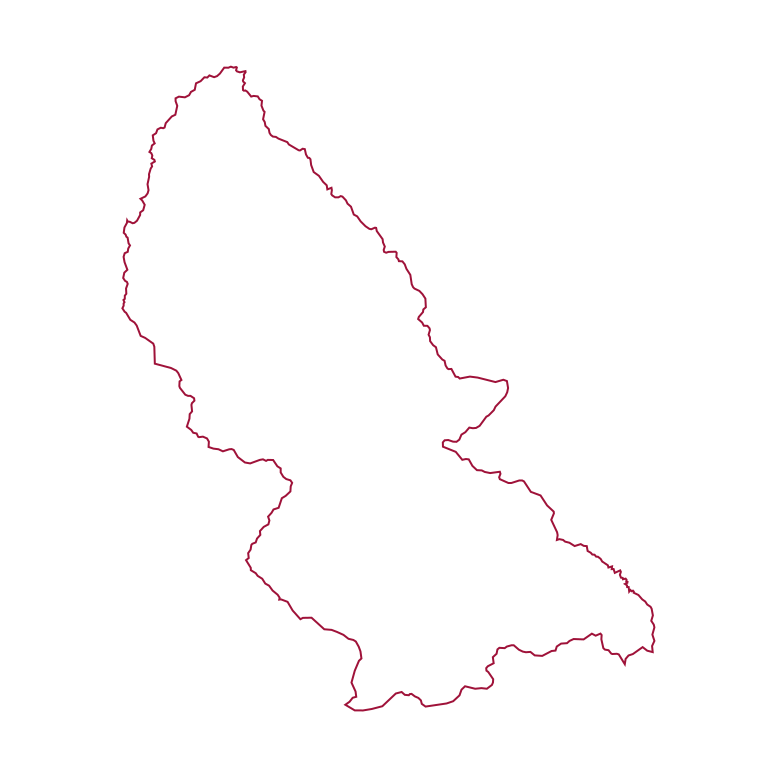 Andapa, Sava, Madagascar, rotated 177°
{"feature_id": "10022922B40357207342555", "entity_name": "Andapa", "entity_type": "district", "adm_level": 2, "iso_a3": "MDG", "parent_name": "Madagascar", "parent_adm1": "Sava", "projection": "mercator", "projection_center": [49.555, -14.613], "detail": "fine", "context": "isolated", "style": "outline", "palette": "rose", "viewbox_px": 768, "rotation_deg": 177, "n_neighbors": 0, "source": "geoboundaries", "source_scale": "gbopen_adm2", "svg_char_len": 6126}
<svg xmlns="http://www.w3.org/2000/svg" viewBox="0 0 768 768"><g transform="rotate(177 384 384)"><path d="M577.2,680.2L577.3,677.3L575.9,672.6L578.3,663.8L581.9,662.3L588.3,655.9L589.7,651.6L591.1,651.0L593.5,651.6L596.9,650.1L598.5,646.4L601.9,644.4L601.5,639.0L600.4,636.3L603.3,634.3L604.1,631.0L606.1,628.0L604.3,626.7L603.4,624.3L604.1,621.6L601.6,619.9L601.2,618.2L604.8,616.3L604.2,613.4L605.7,611.4L607.7,605.8L607.7,603.2L609.7,595.9L609.0,589.9L610.1,586.7L612.5,583.8L617.5,581.7L615.9,580.0L613.6,575.5L615.4,570.1L618.5,568.1L618.7,565.5L622.1,560.0L624.8,558.0L626.6,557.7L629.4,559.3L631.3,559.6L631.9,560.8L632.3,558.3L635.0,553.9L636.0,548.6L634.2,546.7L633.6,544.6L632.4,543.6L631.7,537.8L630.4,535.7L632.3,532.7L633.0,529.4L636.1,528.2L637.4,524.6L636.7,519.2L634.3,511.5L637.5,508.8L638.9,503.5L637.2,500.6L635.4,499.4L634.7,497.4L636.6,492.9L636.6,487.6L638.2,485.8L638.4,482.6L639.8,481.5L638.9,479.3L639.8,478.1L639.9,475.8L641.3,473.3L639.2,469.7L637.8,468.6L634.0,461.4L630.0,458.5L627.9,455.3L624.5,444.8L620.2,442.6L612.3,436.4L611.4,433.2L611.8,416.3L595.8,411.1L590.7,408.2L588.9,405.7L586.1,398.6L588.0,397.3L588.5,392.6L588.0,390.8L583.0,383.7L580.3,382.4L577.9,382.3L574.4,379.7L574.2,377.3L576.8,374.9L577.4,373.2L577.1,366.7L579.6,364.1L580.1,359.5L583.1,351.7L578.9,348.2L577.1,345.3L573.7,344.4L572.4,341.1L571.5,340.6L567.6,340.9L563.6,338.9L561.9,335.6L562.5,330.3L557.7,328.4L552.7,327.5L548.4,325.2L542.0,326.9L539.6,327.0L537.5,326.0L533.8,318.7L527.0,312.9L521.8,311.7L512.0,314.7L508.8,315.1L505.8,313.4L504.0,314.3L498.7,313.9L494.8,307.4L491.6,305.1L491.8,301.1L489.4,296.6L486.6,294.2L482.5,292.7L480.9,290.1L482.5,286.7L483.1,281.6L488.1,277.4L492.0,275.3L495.7,265.9L500.9,264.5L503.0,261.3L506.7,257.6L505.6,253.7L506.8,249.9L511.6,247.6L515.6,243.6L515.4,239.8L518.9,236.3L520.4,232.5L523.9,231.3L524.9,230.2L525.9,225.6L528.5,222.2L528.2,217.3L531.0,215.3L526.7,207.5L526.7,205.0L522.0,201.8L520.2,199.0L515.8,195.9L513.0,190.9L509.3,188.6L506.1,183.6L501.2,179.1L499.4,176.0L499.9,174.2L498.1,174.3L491.7,171.5L487.1,162.6L479.8,153.5L477.2,154.7L468.6,154.4L456.5,142.2L449.2,141.2L444.0,138.9L437.6,135.6L432.8,131.4L428.0,130.0L425.6,128.3L423.0,123.0L421.5,118.2L420.9,111.1L423.5,108.9L428.2,99.2L432.1,87.5L428.5,78.4L428.1,73.1L431.7,72.3L435.0,68.5L439.4,65.7L430.3,59.6L422.0,59.1L413.2,60.1L402.5,62.3L388.4,74.3L382.5,75.5L379.5,72.5L375.5,71.9L374.4,73.0L372.7,73.1L369.5,70.4L366.1,68.7L363.7,66.1L363.0,62.6L359.4,59.7L338.2,61.7L331.5,63.6L324.9,69.1L322.6,74.7L318.9,77.9L308.9,74.9L302.6,75.2L297.2,74.3L292.0,77.8L290.8,80.2L290.4,83.5L295.0,91.0L296.7,92.4L296.8,94.9L295.1,96.7L289.1,99.4L289.6,105.5L285.7,108.7L284.6,113.0L282.6,114.5L277.3,113.9L275.0,115.4L270.4,116.4L268.1,116.3L263.2,111.6L259.4,109.5L256.3,108.7L251.8,108.8L247.7,105.1L240.2,104.2L230.6,108.6L226.7,108.8L225.2,112.8L220.7,115.5L214.8,115.6L212.2,117.7L208.0,119.4L198.0,118.5L189.5,123.8L185.8,121.6L180.9,123.4L179.8,121.9L180.3,117.7L178.8,108.8L177.3,107.2L173.7,106.4L171.3,103.0L170.2,102.4L165.6,102.4L163.7,101.7L158.2,91.6L157.1,96.8L154.0,100.1L149.6,101.3L139.5,107.7L135.1,103.9L129.7,102.2L130.0,108.3L127.4,113.3L129.1,119.7L126.7,126.8L127.2,129.6L129.5,133.5L127.6,138.8L128.5,145.6L129.5,147.6L132.7,150.0L134.5,153.1L137.4,155.4L141.0,160.0L145.6,162.5L145.4,163.6L146.2,164.6L147.6,164.1L148.7,165.4L150.0,163.9L150.3,168.4L151.8,168.5L151.9,170.3L153.8,171.7L151.4,172.7L151.2,173.7L152.4,174.1L152.0,175.7L152.9,177.0L155.6,176.5L155.8,177.9L157.5,178.2L158.4,181.1L157.3,184.0L157.9,185.5L163.4,183.3L164.4,187.2L166.3,187.2L165.8,189.9L169.5,189.0L169.9,191.2L175.4,195.3L176.8,198.0L179.4,200.3L181.2,200.5L182.7,202.5L184.9,202.8L186.4,204.7L189.4,206.6L190.0,211.5L193.0,211.9L195.9,213.8L202.1,212.2L207.2,215.8L211.4,217.1L213.3,218.9L217.0,219.9L219.5,219.2L218.5,224.0L218.9,226.9L224.1,239.6L221.1,245.9L221.2,247.7L227.5,254.2L233.5,264.5L243.0,268.6L249.3,279.4L251.0,280.4L253.9,280.6L261.9,278.5L264.9,278.6L273.3,282.9L273.9,284.9L272.4,288.2L272.9,290.3L282.6,289.5L288.0,290.9L290.9,292.6L295.7,293.1L300.0,297.6L303.3,304.3L306.1,304.8L309.8,304.2L315.9,312.5L328.4,318.3L328.3,322.6L326.4,324.6L322.8,324.7L318.0,322.8L314.6,322.5L311.7,324.5L309.3,329.4L305.3,331.6L301.1,336.0L297.6,335.2L294.4,335.3L290.7,337.2L283.5,346.0L281.2,347.1L275.7,352.1L273.8,355.6L263.5,365.4L261.4,369.3L260.3,373.5L261.1,380.5L264.6,382.0L272.6,380.1L290.1,385.5L297.8,386.9L308.1,385.5L309.6,387.1L312.2,387.6L315.9,395.5L318.9,395.5L319.9,396.3L321.5,399.2L322.3,404.0L324.5,405.4L328.8,410.7L330.2,418.0L332.9,420.2L335.7,424.4L335.7,428.3L336.9,430.9L335.3,435.4L335.6,437.2L337.6,439.8L341.2,440.1L342.7,443.4L346.5,447.1L345.7,449.2L341.3,453.8L340.8,456.4L338.2,458.4L338.2,467.1L340.8,471.6L343.8,475.1L348.6,477.7L349.9,479.2L351.1,482.2L352.0,491.6L355.6,497.9L357.0,502.4L359.2,505.5L362.7,505.9L363.1,507.7L365.0,510.1L364.5,514.3L365.4,515.5L372.5,515.7L375.0,515.0L377.0,516.0L377.3,517.9L376.0,521.2L377.6,525.4L377.8,528.7L383.2,537.1L383.7,540.3L384.8,540.6L388.6,539.2L390.5,539.7L394.2,542.5L398.8,547.6L402.0,552.8L405.3,554.8L407.7,562.8L411.0,566.0L412.4,569.4L415.7,573.3L417.4,573.9L419.7,572.8L423.1,573.0L425.9,575.1L426.7,576.5L425.9,580.3L426.2,582.7L430.4,581.3L430.8,585.4L434.2,589.0L438.1,595.3L443.1,599.3L445.3,606.5L445.7,612.3L446.8,613.7L448.2,613.9L449.9,617.3L450.8,622.7L452.9,623.2L455.7,621.6L457.0,621.9L466.5,628.2L467.9,630.6L476.6,634.6L479.0,636.4L482.0,636.9L484.0,638.6L485.2,640.8L485.7,644.6L488.9,648.0L489.4,651.9L490.9,654.7L489.0,662.0L490.1,663.3L491.8,668.4L491.0,673.2L493.4,674.9L495.0,677.8L499.1,678.5L501.6,678.0L505.3,683.1L507.1,684.4L508.5,684.2L509.4,684.9L509.4,688.5L507.1,691.7L508.8,693.4L509.0,694.7L507.6,697.5L507.8,700.3L505.9,702.6L506.0,703.7L511.6,702.8L514.5,703.9L515.3,705.0L514.4,707.8L515.1,708.3L517.7,707.8L520.3,708.9L522.9,708.0L527.0,708.3L531.6,702.6L534.6,700.2L537.6,699.3L542.2,701.3L544.4,699.3L547.3,699.7L551.3,696.0L556.0,694.1L557.6,687.7L561.5,685.8L563.5,682.6L567.8,680.7L573.8,681.7L577.2,680.2Z" fill="none" stroke="#9f1239" stroke-width="2"/></g></svg>